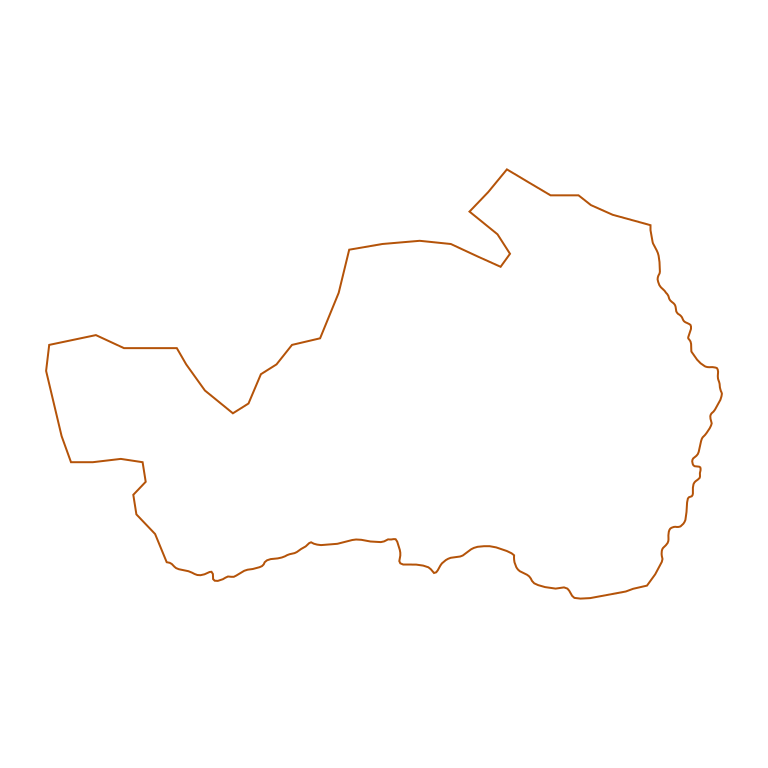 map outline of Betsiboka (Mercator projection)
{"feature_id": "MDG-5869", "entity_name": "Betsiboka", "entity_type": "Autonomous Province", "adm_level": 1, "iso_a3": "MDG", "parent_name": "Madagascar", "parent_adm1": "", "projection": "mercator", "projection_center": [47.384, -17.125], "detail": "fine", "context": "isolated", "style": "outline", "palette": "amber", "viewbox_px": 768, "rotation_deg": 0, "n_neighbors": 0, "source": "natural_earth", "source_scale": "10m", "svg_char_len": 3673}
<svg xmlns="http://www.w3.org/2000/svg" viewBox="0 0 768 768"><path d="M434.0,573.0L430.9,569.3L428.4,567.3L423.2,565.6L416.2,564.6L403.1,564.5L400.3,563.3L399.3,561.1L400.3,555.6L400.3,552.7L399.8,549.9L397.2,541.6L395.6,539.2L393.6,539.1L391.1,539.5L388.0,539.4L384.1,541.4L380.8,542.1L370.5,541.5L361.3,539.8L356.1,539.5L352.3,540.0L337.4,543.8L321.0,545.1L317.1,544.6L313.8,543.7L311.1,542.3L309.2,543.1L305.7,546.4L301.1,549.0L296.9,552.0L294.6,553.1L289.7,554.2L287.2,555.1L285.0,556.3L281.8,557.5L277.7,558.4L270.7,559.1L267.0,560.3L264.7,562.2L263.7,564.4L262.0,566.1L259.5,567.2L252.8,569.0L247.6,569.7L244.2,570.8L236.2,575.6L233.8,576.8L231.2,576.8L228.0,576.5L225.4,577.7L222.9,579.2L217.8,580.9L214.7,580.7L213.1,579.1L212.9,574.0L211.5,571.8L209.6,572.0L204.5,574.3L200.5,575.2L197.3,575.0L194.6,574.0L191.9,572.6L188.4,571.2L178.8,569.2L176.1,568.1L174.5,566.8L171.8,564.0L169.7,562.8L166.7,562.2L155.1,534.0L136.4,514.4L133.3,494.8L145.7,481.8L142.6,462.2L120.8,458.9L92.8,462.2L71.0,462.2L61.6,436.1L46.1,370.9L49.2,344.9L95.9,335.1L123.9,348.1L176.8,348.1L186.2,364.4L204.9,390.5L232.9,413.3L248.5,403.5L260.9,374.2L276.5,364.4L292.0,344.9L320.1,338.3L338.7,292.8L349.2,249.7L382.3,244.0L419.7,240.8L450.8,244.0L478.8,257.0L500.6,266.8L510.0,253.8L497.5,234.3L469.5,211.6L488.2,192.1L506.9,169.4L528.7,182.4L550.5,195.3L578.5,195.3L590.9,205.1L612.7,214.8L650.5,225.2L650.5,230.2L652.6,242.0L653.0,243.4L656.7,250.4L657.8,252.9L658.6,255.7L659.5,262.1L659.9,271.6L659.6,273.4L658.4,275.6L657.8,277.5L657.6,279.4L658.2,282.0L659.4,285.2L660.9,287.3L664.6,290.8L666.1,292.9L667.0,293.8L667.7,294.8L668.4,296.0L669.2,298.7L669.8,299.8L670.5,300.7L671.8,301.9L673.6,303.3L674.4,304.2L675.1,305.3L675.6,306.9L676.3,311.5L677.2,312.9L678.2,314.0L679.3,314.6L680.3,315.4L681.2,316.3L682.0,317.4L683.1,319.9L683.8,321.0L684.7,321.8L685.9,322.5L687.1,323.0L689.5,324.2L690.5,325.0L691.0,326.6L691.0,328.9L688.2,337.3L688.3,338.5L689.4,339.8L690.5,341.5L691.1,343.9L691.3,350.4L691.4,351.6L697.1,359.7L700.6,363.3L704.9,366.3L706.2,366.8L707.7,367.1L709.3,367.2L712.5,367.1L715.6,367.6L716.9,368.1L717.7,369.5L718.1,371.8L717.8,376.1L718.0,378.6L718.5,380.3L719.1,381.9L719.6,383.9L719.9,387.4L720.4,389.4L720.9,391.1L721.5,392.3L721.9,393.7L721.5,396.2L720.4,399.8L715.0,409.6L713.5,411.6L711.6,413.3L710.8,414.5L710.3,416.1L710.5,418.8L711.7,423.3L711.1,425.4L709.8,428.1L706.7,432.8L705.0,435.0L702.6,437.4L701.8,438.9L701.1,441.0L698.7,451.9L697.8,454.1L696.4,455.8L693.2,458.4L692.5,459.7L692.2,461.3L692.7,463.9L693.4,465.3L694.6,466.2L699.2,466.7L700.3,467.4L700.6,468.8L700.5,470.5L699.9,473.1L700.0,476.4L699.7,477.8L698.1,479.4L695.5,481.3L694.4,482.5L693.5,484.2L692.9,487.7L692.9,493.7L692.5,495.2L691.7,496.3L689.0,497.2L687.9,498.5L687.1,502.4L686.5,512.0L685.4,519.9L684.6,521.8L683.4,523.7L680.5,526.4L678.7,526.9L677.0,527.0L675.5,526.8L674.0,526.9L672.8,527.3L671.7,527.7L671.0,528.1L670.2,528.7L669.4,530.0L668.8,531.8L668.4,535.3L668.5,539.4L668.3,541.1L667.6,543.0L665.8,545.3L663.1,547.9L662.3,549.2L661.8,550.9L661.6,553.9L661.8,555.9L662.5,559.0L661.8,561.9L655.2,574.3L647.0,585.6L633.1,588.8L625.8,591.5L590.2,598.1L580.5,598.6L574.4,597.9L572.1,595.8L569.2,590.7L567.4,588.6L564.0,587.4L555.6,588.6L545.1,587.1L538.1,585.1L534.2,583.3L532.0,580.9L530.8,578.5L529.2,576.4L527.1,574.8L519.8,571.2L517.9,569.5L516.4,567.4L514.5,562.3L514.1,559.6L514.0,557.4L514.1,555.3L511.6,553.3L506.8,551.0L496.2,547.4L489.7,546.2L484.0,546.2L477.6,546.8L473.9,547.9L471.1,549.3L462.8,555.5L460.2,556.5L450.7,557.8L448.1,558.8L445.8,560.1L441.9,563.4L440.4,565.5L437.7,570.4L436.2,572.3L434.0,573.0Z" fill="none" stroke="#b45309" stroke-width="2"/></svg>